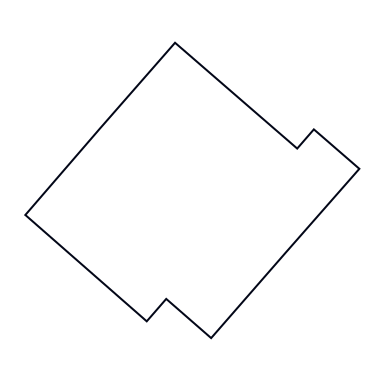 Shelby, Iowa, United States of America, rotated 311°
{"feature_id": "52423323B47496055628600", "entity_name": "Shelby", "entity_type": "district", "adm_level": 2, "iso_a3": "USA", "parent_name": "United States of America", "parent_adm1": "Iowa", "projection": "natural_earth1", "projection_center": [-95.264, 41.684], "detail": "fine", "context": "isolated", "style": "outline", "palette": "ink", "viewbox_px": 384, "rotation_deg": 311, "n_neighbors": 0, "source": "geoboundaries", "source_scale": "gbopen_adm2", "svg_char_len": 303}
<svg xmlns="http://www.w3.org/2000/svg" viewBox="0 0 384 384"><g transform="rotate(311 192 192)"><path d="M319.3,303.1L319.2,242.9L293.8,242.9L293.5,81.3L179.5,80.9L65.3,81.3L64.7,242.7L94.4,242.7L94.3,302.3L206.8,302.5L263.2,302.8L319.3,303.1Z" fill="none" stroke="#020617" stroke-width="2"/></g></svg>